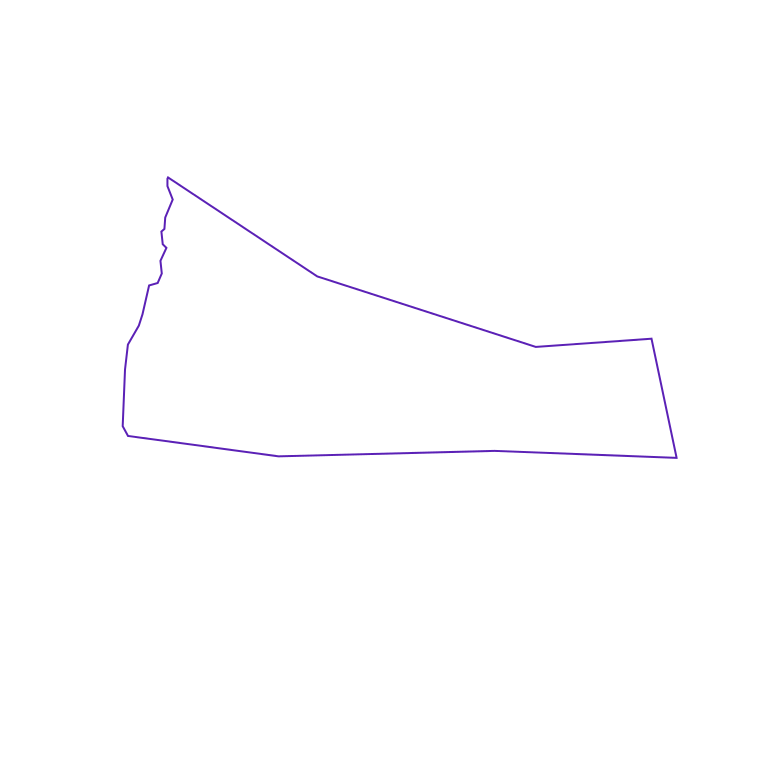 Rabot, Soufrière, Saint Lucia, rotated 30°
{"feature_id": "8701671B22157937027856", "entity_name": "Rabot", "entity_type": "district", "adm_level": 2, "iso_a3": "LCA", "parent_name": "Saint Lucia", "parent_adm1": "Soufrière", "projection": "mercator", "projection_center": [-61.048, 13.834], "detail": "fine", "context": "isolated", "style": "outline", "palette": "violet", "viewbox_px": 768, "rotation_deg": 30, "n_neighbors": 0, "source": "geoboundaries", "source_scale": "gbopen_adm2", "svg_char_len": 498}
<svg xmlns="http://www.w3.org/2000/svg" viewBox="0 0 768 768"><g transform="rotate(30 384 384)"><path d="M188.3,557.0L328.8,499.4L513.1,386.7L674.3,301.7L674.1,301.4L593.0,211.0L592.6,211.3L496.9,276.0L272.4,324.2L93.7,313.1L93.8,314.5L97.5,320.9L108.8,329.9L111.3,349.2L116.3,359.5L115.0,363.3L122.5,373.6L127.5,374.9L128.8,389.1L136.3,399.4L137.5,409.7L131.3,416.1L140.0,444.4L142.5,456.0L142.5,477.9L152.5,501.0L178.8,551.2L188.3,557.0Z" fill="none" stroke="#5b21b6" stroke-width="2"/></g></svg>